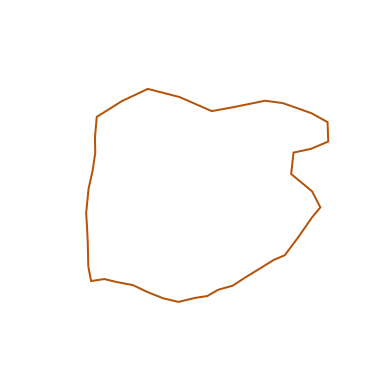 Agios Chariton, Cyprus (orthographic projection), rotated 299°
{"feature_id": "46923920B730618297548", "entity_name": "Agios Chariton", "entity_type": "district", "adm_level": 2, "iso_a3": "CYP", "parent_name": "Cyprus", "parent_adm1": "", "projection": "orthographic", "projection_center": [33.6, 35.299], "detail": "fine", "context": "isolated", "style": "outline", "palette": "amber", "viewbox_px": 384, "rotation_deg": 299, "n_neighbors": 0, "source": "geoboundaries", "source_scale": "gbopen_adm2", "svg_char_len": 655}
<svg xmlns="http://www.w3.org/2000/svg" viewBox="0 0 384 384"><g transform="rotate(299 192 192)"><path d="M65.2,146.9L73.4,157.6L76.6,169.4L81.9,185.4L83.0,202.5L85.1,218.5L89.3,233.4L101.0,246.2L108.4,255.8L119.1,262.2L129.7,272.9L143.5,280.3L153.1,285.7L172.2,296.4L181.7,303.8L205.1,307.0L227.4,309.2L240.8,311.7L250.8,296.7L255.8,270.0L275.7,261.7L287.3,275.0L302.2,286.7L318.8,276.7L318.8,258.3L313.8,228.3L307.2,211.6L287.3,188.3L272.3,170.0L269.0,135.0L260.7,103.3L237.5,86.6L211.5,72.3L192.4,80.8L179.6,88.3L162.6,94.7L144.6,100.0L122.3,109.6L110.6,117.1L96.8,125.6L76.6,137.4L65.2,146.9Z" fill="none" stroke="#b45309" stroke-width="2"/></g></svg>